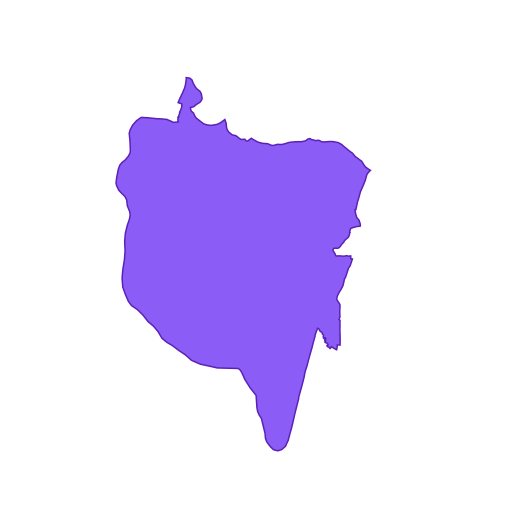 the district of Doicesti, Dâmbovita, Romania, rotated 341°
{"feature_id": "2599482B68279718478530", "entity_name": "Doicesti", "entity_type": "district", "adm_level": 2, "iso_a3": "ROU", "parent_name": "Romania", "parent_adm1": "Dâmbovita", "projection": "mercator", "projection_center": [25.417, 44.992], "detail": "fine", "context": "isolated", "style": "filled", "palette": "violet", "viewbox_px": 512, "rotation_deg": 341, "n_neighbors": 0, "source": "geoboundaries", "source_scale": "gbopen_adm2", "svg_char_len": 6101}
<svg xmlns="http://www.w3.org/2000/svg" viewBox="0 0 512 512"><g transform="rotate(341 256 256)"><path d="M392.1,212.2L391.2,211.2L390.0,209.6L388.6,207.6L388.1,206.4L387.5,204.2L387.1,202.1L386.6,200.5L385.7,199.3L384.7,197.9L384.3,197.2L383.6,196.2L383.3,195.7L382.8,195.1L382.2,194.2L381.9,193.5L381.5,192.3L381.2,191.6L380.9,190.7L380.5,189.8L379.5,188.6L378.2,186.6L377.4,185.4L377.2,184.9L377.0,184.7L375.3,181.9L374.3,180.3L373.9,179.6L373.6,178.9L373.0,178.1L372.0,177.0L370.9,175.8L369.6,174.9L368.2,174.1L366.5,173.1L365.0,172.5L363.3,171.8L361.2,171.3L359.8,170.9L358.4,170.6L357.0,170.1L355.9,169.7L355.3,169.4L354.4,168.4L353.8,167.7L353.2,167.2L352.5,166.8L351.6,166.6L350.4,166.4L349.7,166.2L348.3,165.1L346.9,164.3L346.1,163.8L345.8,163.2L345.6,162.8L345.2,162.5L344.2,162.4L343.4,162.3L342.4,162.5L341.5,162.9L340.1,163.2L337.6,162.9L335.9,162.6L334.6,162.2L332.9,161.6L331.1,161.0L329.1,160.5L326.9,159.9L325.4,159.6L324.2,159.4L323.0,159.3L321.7,159.4L320.9,159.3L319.8,159.2L318.9,159.2L317.8,159.1L316.9,158.9L316.0,158.7L315.0,158.4L314.5,158.2L313.7,157.8L312.8,157.5L311.7,157.3L310.4,157.3L309.3,157.2L308.2,157.0L307.5,156.8L306.3,156.1L304.6,154.5L303.5,153.6L302.4,153.1L300.7,152.4L299.2,151.7L298.4,151.4L297.8,150.9L296.2,149.8L294.7,148.7L292.5,146.3L291.7,145.4L291.0,144.5L290.4,143.9L290.0,143.2L288.0,143.7L285.6,144.6L284.4,144.2L283.4,141.9L280.1,141.1L278.6,139.5L276.9,136.7L275.8,135.4L273.0,133.8L270.6,130.0L269.9,127.2L270.0,124.8L271.0,120.9L271.0,116.8L266.0,118.4L262.0,118.9L256.1,117.9L252.4,116.1L249.7,114.1L247.3,110.6L244.6,106.4L243.9,104.7L243.4,100.3L242.1,98.2L241.9,97.1L242.3,94.2L245.6,94.6L249.1,93.3L253.1,92.4L255.5,90.7L256.4,89.3L257.1,84.8L256.7,82.1L254.9,79.4L253.8,77.0L252.9,72.5L252.8,68.7L251.2,66.2L248.3,64.7L248.1,64.6L247.6,66.1L247.0,67.3L245.1,71.0L243.3,73.7L242.6,74.6L241.8,75.4L240.8,76.5L239.9,77.6L237.6,79.9L234.9,82.7L232.3,85.6L235.4,88.1L234.8,89.6L234.4,90.5L234.0,91.4L232.8,92.8L232.6,93.2L230.5,95.2L230.7,95.7L229.9,96.7L228.3,98.6L227.5,99.3L227.9,99.5L227.3,100.1L226.6,101.4L226.4,102.2L226.2,102.7L226.0,103.3L226.1,103.9L222.7,103.1L221.6,102.8L220.3,101.7L219.6,100.9L218.4,99.9L217.8,99.3L217.5,99.0L217.2,98.8L216.3,97.9L212.0,95.9L210.8,95.4L208.5,94.5L206.3,93.6L198.8,90.1L198.2,89.8L196.0,89.0L192.8,87.6L191.1,88.0L187.2,89.1L182.1,92.0L178.1,95.7L176.1,98.6L174.2,106.5L171.6,115.2L170.5,117.5L167.8,120.1L163.4,122.7L159.6,124.0L156.9,125.7L154.1,129.1L151.4,133.7L149.6,136.9L147.4,141.4L147.1,144.2L147.2,145.2L147.5,147.2L147.6,149.0L148.9,152.0L149.9,153.9L151.4,156.9L152.0,161.0L151.5,163.1L150.7,166.5L151.0,173.1L150.6,175.3L149.9,177.2L148.0,180.4L144.2,185.2L139.8,192.1L136.5,199.6L133.9,208.5L130.3,216.8L125.5,225.8L122.2,233.3L119.9,242.0L120.0,250.1L120.6,257.5L122.2,262.4L126.3,267.9L129.9,275.1L132.6,283.0L136.3,289.1L138.8,295.7L140.3,303.2L143.6,308.6L147.7,313.4L152.5,320.5L157.1,326.6L161.1,333.7L168.2,340.2L177.6,345.9L182.9,349.2L202.6,356.6L203.9,358.6L204.4,360.5L204.8,363.5L205.2,368.7L207.5,378.6L210.6,387.5L210.7,387.9L207.5,399.7L206.9,403.6L207.2,407.2L208.2,411.4L206.8,426.6L205.6,431.3L205.5,433.1L205.9,436.1L206.7,438.5L207.6,441.2L209.5,444.9L213.2,447.3L217.2,447.4L222.0,445.5L225.3,441.9L226.3,441.0L230.0,435.4L234.3,429.2L234.4,428.9L235.3,427.6L238.0,423.3L239.4,421.0L241.2,418.1L243.6,414.4L248.1,407.5L250.2,404.3L250.1,403.8L254.7,397.2L254.9,396.9L257.5,393.1L259.0,390.8L259.3,390.4L260.1,389.2L261.3,387.3L262.4,385.6L264.0,382.6L264.5,382.0L265.2,380.8L266.1,379.6L268.4,376.6L271.9,371.2L272.1,371.0L274.6,367.3L276.7,364.3L279.2,360.8L279.5,360.3L281.7,356.9L282.5,355.7L283.6,354.1L285.2,351.8L285.5,351.5L286.2,350.0L287.6,348.1L290.7,344.4L291.9,345.9L291.9,347.0L292.1,348.0L293.6,350.0L293.6,350.7L293.4,351.0L293.3,351.3L293.6,351.7L294.0,352.5L293.9,353.1L293.4,354.1L293.1,355.1L293.1,355.6L293.6,355.7L293.9,355.7L294.4,355.7L294.8,355.8L294.9,356.0L295.0,356.3L295.0,356.9L294.6,357.0L294.2,356.7L293.7,357.0L293.7,357.3L293.9,357.3L294.2,357.4L294.4,357.8L294.4,358.3L293.8,358.6L293.4,358.8L293.6,359.1L293.9,359.2L293.9,359.5L293.5,359.8L293.2,360.2L293.6,360.6L294.3,361.1L294.9,361.9L295.3,362.7L295.3,363.3L295.0,363.6L294.5,363.5L294.0,363.6L293.9,364.4L294.2,365.1L294.7,365.4L295.4,366.3L295.8,367.1L295.8,367.5L296.2,367.6L297.7,366.3L299.6,368.6L301.4,370.7L301.7,370.9L302.0,370.5L302.8,369.0L304.0,366.5L306.5,367.6L306.7,366.9L307.3,365.4L307.4,365.2L307.6,364.6L309.2,359.9L310.2,356.7L311.3,353.0L312.4,350.2L313.8,346.0L314.1,345.3L314.2,344.8L314.4,344.4L314.5,344.1L313.8,343.1L314.6,342.0L315.5,341.1L315.8,340.2L316.4,338.0L317.3,335.2L318.2,333.1L318.5,332.3L319.0,331.1L319.4,329.9L319.5,329.2L319.3,327.7L318.8,326.0L318.2,323.4L318.4,322.7L320.0,320.2L321.5,318.7L322.3,317.9L323.7,316.7L325.5,315.3L327.3,313.6L328.7,312.2L329.9,310.3L331.9,307.0L332.3,306.4L333.0,305.9L333.6,305.4L339.8,297.3L341.0,296.6L342.3,295.3L344.3,292.7L346.2,290.2L344.7,289.3L345.0,288.4L345.5,287.2L345.6,286.7L345.3,286.6L344.2,286.5L343.1,286.1L341.6,285.1L340.9,285.1L339.5,284.9L337.8,284.3L335.4,283.2L331.9,282.1L331.5,281.4L331.5,279.6L331.2,278.6L330.9,277.1L330.5,276.2L330.7,275.6L331.1,274.9L331.9,274.2L332.1,274.1L332.6,274.2L333.7,274.5L334.7,274.9L335.6,275.2L336.3,275.3L336.9,275.2L337.2,275.2L338.1,274.8L339.6,273.8L341.0,272.8L341.8,272.3L342.4,272.1L343.0,271.8L343.6,271.4L344.4,270.6L344.8,270.3L345.4,270.0L346.5,269.5L348.2,268.8L348.7,268.6L349.2,268.4L349.7,268.0L350.4,267.4L350.8,266.8L351.6,265.7L352.2,264.4L352.3,264.3L352.6,264.3L352.6,264.1L352.6,263.7L352.6,263.3L353.1,262.7L353.6,261.8L354.4,261.0L355.4,260.7L360.5,260.9L364.2,261.7L364.4,261.2L364.7,261.0L364.8,260.7L364.8,260.4L364.9,260.0L364.9,259.4L365.1,258.9L365.1,258.6L365.0,258.4L364.8,258.1L365.0,257.8L365.0,257.3L365.1,256.3L365.1,255.8L364.3,253.7L363.8,252.5L363.8,251.9L363.9,251.0L363.9,248.8L364.3,246.7L364.6,244.4L365.2,244.4L365.6,244.6L369.9,237.4L371.1,236.0L375.7,229.2L380.2,224.4L384.0,220.0L386.1,216.9L387.7,214.7L389.5,213.6L392.1,212.2Z" fill="#8b5cf6" stroke="#5b21b6" stroke-width="1.5"/></g></svg>